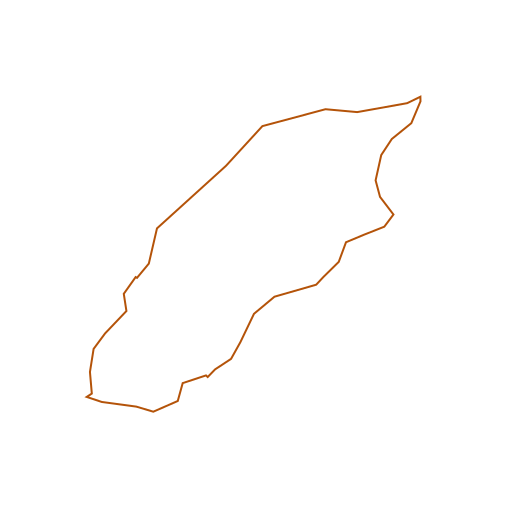 Örkelljunga, Skåne, Sweden (Robinson projection), rotated 345°
{"feature_id": "70781695B2310974409616", "entity_name": "Örkelljunga", "entity_type": "district", "adm_level": 2, "iso_a3": "SWE", "parent_name": "Sweden", "parent_adm1": "Skåne", "projection": "robinson", "projection_center": [13.368, 56.334], "detail": "fine", "context": "isolated", "style": "outline", "palette": "amber", "viewbox_px": 512, "rotation_deg": 345, "n_neighbors": 0, "source": "geoboundaries", "source_scale": "gbopen_adm2", "svg_char_len": 699}
<svg xmlns="http://www.w3.org/2000/svg" viewBox="0 0 512 512"><g transform="rotate(345 256 256)"><path d="M56.0,348.3L69.3,357.1L101.4,370.5L116.5,379.8L142.9,375.8L152.3,359.8L176.8,358.4L178.0,360.4L187.2,354.9L205.3,348.9L218.6,335.2L239.1,311.3L263.3,300.1L306.7,299.3L315.7,293.7L316.4,293.3L334.4,283.1L346.5,266.0L365.8,263.4L387.5,260.9L399.5,251.5L391.1,231.0L391.1,213.9L403.1,190.9L417.5,178.1L440.4,167.9L454.9,149.2L456.0,144.7L441.6,147.5L391.0,143.2L361.1,132.2L360.8,132.2L295.8,132.2L250.4,161.1L167.5,203.7L150.5,235.6L135.4,246.3L134.3,245.2L118.5,258.3L116.6,275.6L90.2,291.7L75.1,303.7L65.6,325.0L61.8,346.4L56.0,348.3Z" fill="none" stroke="#b45309" stroke-width="2"/></g></svg>